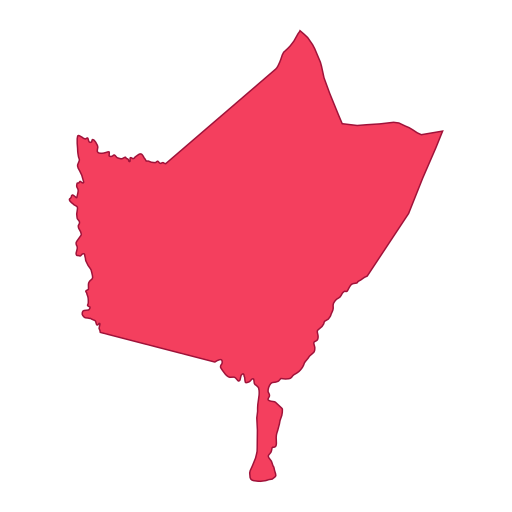 outline of Santiago de Puringla, La Paz, Honduras
{"feature_id": "27666195B8735504948943", "entity_name": "Santiago de Puringla", "entity_type": "district", "adm_level": 2, "iso_a3": "HND", "parent_name": "Honduras", "parent_adm1": "La Paz", "projection": "equal_earth", "projection_center": [-87.91, 14.348], "detail": "fine", "context": "isolated", "style": "filled", "palette": "rose", "viewbox_px": 512, "rotation_deg": 0, "n_neighbors": 0, "source": "geoboundaries", "source_scale": "gbopen_adm2", "svg_char_len": 5926}
<svg xmlns="http://www.w3.org/2000/svg" viewBox="0 0 512 512"><path d="M300.0,30.7L299.6,31.6L298.1,33.6L293.9,41.1L291.7,44.0L289.9,46.3L287.1,49.1L283.7,52.2L282.3,54.9L280.8,59.4L279.8,62.0L278.2,65.5L277.0,67.6L275.8,69.0L165.7,163.7L164.2,163.3L163.4,162.7L163.0,162.6L162.3,162.7L160.9,163.4L160.4,163.4L159.4,162.9L158.2,161.5L157.7,161.2L156.9,161.5L155.7,162.5L154.4,162.6L151.1,162.2L148.6,161.1L146.2,161.0L145.1,159.1L143.9,157.6L143.5,156.6L142.4,155.0L141.6,154.2L140.8,153.9L139.7,154.0L138.6,154.5L135.0,157.1L134.4,158.0L133.6,158.5L132.8,158.6L131.1,157.7L130.4,157.7L130.1,158.2L130.1,161.0L129.9,161.4L129.5,161.6L128.9,161.3L128.4,159.8L128.1,159.3L127.6,158.9L126.4,158.5L126.1,158.1L125.8,157.5L125.4,157.2L124.6,157.4L122.3,158.6L121.1,158.8L119.0,158.3L117.2,157.7L116.7,157.3L115.1,155.5L114.4,155.0L113.6,155.1L112.4,156.1L111.9,156.3L110.7,156.5L109.6,156.2L109.1,155.8L109.3,152.9L109.2,152.1L108.9,151.8L108.2,151.8L105.5,152.6L103.1,153.2L101.1,153.3L99.2,153.1L98.0,152.5L97.6,151.9L97.3,151.4L97.3,150.2L97.8,147.3L97.7,146.5L97.4,145.4L95.7,142.2L94.1,140.2L93.2,139.7L92.4,139.6L92.1,140.1L91.6,141.9L90.8,142.3L89.8,142.3L89.2,141.9L88.8,141.3L88.0,138.6L87.6,138.0L87.1,138.0L85.5,138.9L85.2,138.9L83.5,138.3L82.2,137.3L79.7,135.9L78.7,135.5L78.0,135.7L77.8,135.9L77.6,136.4L77.2,138.7L77.2,143.4L77.6,148.7L77.7,151.2L78.0,153.9L78.5,156.9L79.2,158.9L79.4,160.0L79.1,161.2L77.7,164.6L77.6,165.3L77.6,166.1L78.2,168.2L79.7,170.9L81.8,175.3L83.6,181.7L83.7,182.2L83.3,182.8L82.6,182.9L81.7,182.5L80.7,181.6L80.1,181.4L79.8,181.6L78.7,183.0L77.6,183.0L77.1,183.3L76.7,185.2L76.7,186.3L76.9,187.1L78.0,189.3L78.2,190.8L77.8,193.3L76.8,197.6L76.6,197.7L76.2,197.6L74.2,195.9L73.0,195.1L72.4,195.0L71.6,195.6L71.4,196.7L70.9,197.7L70.3,198.4L69.6,198.9L69.4,199.5L69.5,200.1L69.9,201.0L71.6,202.8L72.5,203.4L73.9,204.7L76.7,206.3L77.4,207.2L77.5,208.6L76.7,214.0L77.0,217.0L77.2,218.3L77.5,219.0L78.8,220.6L79.4,221.6L79.5,222.5L79.5,223.1L79.2,223.9L78.3,225.6L78.3,226.8L78.7,228.3L80.6,231.8L81.3,234.1L81.2,234.9L80.9,235.5L77.1,240.8L76.2,242.4L76.1,243.3L76.2,244.3L76.5,245.2L77.1,246.4L77.3,247.8L77.2,248.8L76.1,253.2L76.2,254.3L76.6,255.2L77.1,255.5L78.5,255.6L80.1,256.0L80.8,255.6L82.3,254.0L83.7,253.7L84.1,253.8L84.4,254.1L84.7,254.8L84.8,255.8L85.4,258.2L85.6,260.0L85.9,261.0L88.1,265.5L90.4,268.7L91.1,270.0L91.8,272.7L92.5,275.9L92.6,277.6L92.2,278.8L89.7,281.1L89.1,282.1L88.6,283.1L88.4,284.8L88.5,288.2L88.4,289.3L87.9,289.7L86.2,290.6L85.8,291.2L85.9,291.7L86.8,293.1L86.8,293.7L87.9,296.8L88.2,298.7L88.3,300.7L88.3,302.6L88.1,303.8L87.6,305.0L87.6,305.5L87.8,305.8L88.5,306.3L89.9,307.0L90.0,307.4L90.0,307.9L89.5,309.0L88.7,309.9L87.6,310.1L84.1,310.5L83.3,310.9L82.8,311.3L82.3,312.6L82.2,314.2L82.7,315.4L83.8,316.8L84.7,317.5L85.6,317.8L88.4,318.1L89.2,318.4L90.4,318.4L91.6,319.1L95.0,320.6L95.6,321.3L96.4,324.1L96.9,324.9L97.4,325.0L97.9,324.8L99.1,323.4L99.4,323.4L99.7,323.5L99.9,323.9L99.9,324.5L99.2,327.5L99.1,328.5L99.9,330.4L100.3,332.4L214.3,361.9L214.9,362.0L217.0,360.7L219.2,359.8L220.2,359.6L220.9,359.6L221.5,359.9L221.9,360.4L222.1,361.2L222.2,362.1L222.1,363.0L221.9,363.8L220.9,365.2L220.6,366.1L220.5,366.9L220.7,367.7L222.4,370.3L225.4,374.3L226.7,375.6L228.4,376.8L229.8,377.3L233.5,377.1L234.6,377.3L235.5,377.9L238.1,380.8L238.4,381.0L238.8,381.0L239.5,380.6L240.0,380.0L241.0,375.8L241.2,375.2L242.3,374.1L242.8,373.9L243.2,373.9L243.6,374.2L243.9,374.8L244.2,376.4L244.7,377.5L244.9,380.0L245.3,382.1L245.6,382.5L246.1,382.7L247.2,382.5L249.0,381.9L250.2,381.0L251.5,379.5L252.5,378.8L253.1,378.8L253.6,379.1L253.9,380.2L254.3,383.3L254.6,383.9L255.1,384.6L256.3,385.4L258.5,387.6L259.1,390.5L259.2,392.8L259.1,395.0L257.8,404.6L257.6,407.9L257.6,411.4L256.8,417.9L257.4,430.2L257.2,447.9L257.1,451.3L256.5,454.2L255.5,458.2L252.5,465.6L250.2,470.7L249.7,472.9L250.1,477.5L250.8,479.1L252.0,480.1L253.4,480.6L257.8,481.2L260.5,481.3L265.8,480.6L268.9,479.6L272.2,479.1L274.9,477.0L275.5,476.3L275.8,475.6L275.6,473.9L274.6,470.6L273.8,467.1L272.9,465.6L272.1,463.1L271.4,461.2L268.8,457.7L268.4,456.7L268.3,455.9L268.7,455.0L270.6,452.7L271.0,452.1L271.5,450.7L272.0,448.1L272.3,447.6L272.8,447.2L273.8,447.3L275.1,446.8L275.6,446.4L276.1,445.4L276.3,444.4L276.4,443.2L276.2,437.5L276.4,435.0L276.8,433.2L277.7,430.4L279.4,424.0L280.0,420.6L281.8,415.4L282.3,412.4L282.4,409.7L282.3,408.9L281.8,408.2L275.4,402.2L274.3,401.7L270.9,401.2L269.7,400.8L268.6,400.3L268.1,399.7L268.0,399.3L268.2,398.7L268.6,397.7L269.3,396.6L269.5,395.4L269.3,394.3L268.1,391.8L268.1,389.8L268.6,387.6L269.6,385.3L270.6,383.8L271.6,382.9L272.7,382.5L275.7,382.1L278.1,381.3L278.8,380.8L280.0,379.4L280.9,378.5L285.5,379.0L288.9,378.7L290.3,378.3L291.5,377.4L292.8,375.7L293.8,374.8L296.7,373.1L298.8,371.6L300.3,370.1L301.7,368.4L302.7,366.9L303.7,364.9L304.3,363.1L305.3,361.6L308.1,358.2L309.5,356.1L313.5,352.6L314.2,351.7L314.7,350.1L314.8,348.5L314.8,347.3L313.9,343.9L313.8,343.2L313.9,342.6L314.1,342.1L314.5,341.7L316.1,340.9L317.3,340.0L317.7,339.2L318.0,338.0L318.1,336.8L318.0,335.5L317.3,332.1L317.3,331.3L317.4,330.7L317.9,330.0L322.0,326.5L323.7,323.9L324.1,322.3L324.6,321.3L328.3,319.1L329.2,317.9L330.1,316.6L330.6,315.7L331.2,313.9L332.3,311.5L332.9,309.9L333.2,308.1L333.1,305.4L333.3,304.1L333.6,303.1L334.6,301.5L335.6,300.2L336.9,299.0L338.6,298.0L340.1,296.9L341.2,295.3L342.4,293.1L343.5,292.0L344.5,291.3L346.4,291.5L347.1,291.2L347.6,290.5L349.6,286.8L350.6,285.3L351.5,284.4L352.2,284.0L353.2,283.6L356.8,283.0L357.5,282.4L357.9,281.6L358.3,281.3L360.7,280.0L364.5,277.3L367.2,276.1L408.6,213.5L422.7,178.1L435.9,147.7L442.6,131.1L421.3,134.7L417.2,132.8L412.7,129.8L409.0,127.6L405.4,126.1L398.9,123.0L393.6,122.3L379.8,123.9L367.0,124.7L357.2,125.5L342.2,123.7L338.8,115.7L329.7,93.4L324.0,77.8L321.5,66.2L320.4,62.2L314.7,48.7L312.6,44.7L307.7,37.6L304.2,34.3L300.0,30.7Z" fill="#f43f5e" stroke="#9f1239" stroke-width="1.5"/></svg>